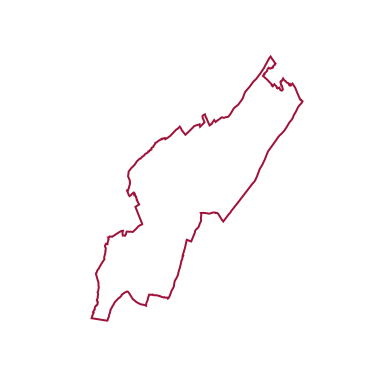 Argetoaia, Dolj, Romania (Robinson projection), rotated 293°
{"feature_id": "2599482B57573203776478", "entity_name": "Argetoaia", "entity_type": "district", "adm_level": 2, "iso_a3": "ROU", "parent_name": "Romania", "parent_adm1": "Dolj", "projection": "robinson", "projection_center": [23.353, 44.503], "detail": "fine", "context": "isolated", "style": "outline", "palette": "rose", "viewbox_px": 384, "rotation_deg": 293, "n_neighbors": 0, "source": "geoboundaries", "source_scale": "gbopen_adm2", "svg_char_len": 5961}
<svg xmlns="http://www.w3.org/2000/svg" viewBox="0 0 384 384"><g transform="rotate(293 192 192)"><path d="M317.5,258.3L318.1,258.2L318.7,258.3L319.2,256.1L319.4,256.1L319.3,255.6L319.6,255.2L319.8,255.2L320.3,254.4L320.8,254.1L321.5,253.2L323.4,251.2L325.5,249.0L328.2,246.4L331.1,242.2L328.8,241.4L329.7,240.1L328.4,239.8L329.7,238.3L329.8,237.9L329.8,236.4L330.7,234.6L330.7,234.0L331.0,233.2L332.1,231.5L328.8,231.2L328.7,230.5L327.8,230.4L324.9,232.6L325.1,233.0L324.5,233.4L323.9,234.1L322.8,234.8L321.8,235.6L320.5,235.1L320.3,234.7L320.4,233.6L320.6,233.3L321.8,232.0L322.2,231.7L320.9,230.4L321.3,229.9L321.0,229.5L322.0,228.6L322.4,227.9L322.8,226.7L323.4,225.7L320.8,225.0L321.2,223.8L321.9,223.9L324.8,217.3L326.6,211.9L327.4,212.1L327.9,212.5L328.5,212.7L328.6,212.4L329.1,212.2L331.9,213.5L332.9,213.8L334.4,213.5L335.0,213.6L336.4,214.1L336.3,214.4L336.1,215.9L336.4,216.2L337.3,216.6L337.8,217.7L338.2,217.9L338.6,217.4L340.1,217.8L341.9,218.7L342.5,218.2L342.9,218.5L346.4,212.8L347.4,211.4L345.0,210.8L343.2,210.6L339.7,210.3L338.6,210.1L334.0,209.8L326.9,208.4L321.2,206.9L317.6,205.4L316.5,205.1L311.3,203.9L305.5,202.0L304.2,201.8L298.2,202.1L297.1,202.0L290.6,200.5L286.3,198.2L285.4,197.8L279.4,197.0L277.1,196.5L275.5,196.0L275.2,195.7L274.0,193.8L272.7,192.4L272.5,190.4L271.8,189.9L271.7,189.7L270.9,189.4L266.5,186.7L265.7,186.4L266.9,184.3L264.8,183.8L263.2,183.7L262.6,183.3L262.4,183.5L261.8,183.1L260.3,182.4L260.1,182.2L264.7,177.3L265.5,176.7L265.5,176.4L265.9,175.9L266.2,175.7L266.3,175.3L266.8,175.1L267.2,174.7L267.6,174.4L268.1,173.8L268.5,173.5L266.8,172.2L265.8,172.0L265.6,172.1L264.1,173.1L263.8,173.5L261.0,176.3L255.2,174.0L256.3,173.1L257.3,172.5L257.0,172.2L256.7,172.3L255.9,170.9L254.2,168.9L253.3,168.2L249.1,166.6L242.1,163.6L245.0,158.2L245.9,157.5L247.4,155.2L244.8,154.2L243.6,153.3L242.3,152.7L235.2,150.1L232.4,148.4L231.2,147.5L230.2,147.0L230.1,146.8L231.1,145.9L230.1,144.7L229.9,144.3L229.4,144.2L229.0,144.0L228.9,143.9L229.2,143.7L229.2,143.4L226.2,141.3L224.0,140.1L223.0,139.1L222.6,139.3L221.3,139.0L220.2,138.9L219.4,138.6L218.7,138.7L218.3,138.7L217.1,137.7L216.5,137.5L216.0,137.6L215.2,138.1L214.7,137.6L213.7,136.9L213.7,136.7L213.3,136.6L212.7,136.7L212.5,136.2L212.0,135.8L210.7,135.8L209.6,134.7L208.3,133.9L206.7,133.6L204.2,132.0L202.7,131.7L202.2,130.8L198.9,129.4L198.0,129.1L196.1,128.9L193.9,128.3L190.1,126.7L186.1,125.7L183.5,126.5L181.5,127.0L178.0,130.5L177.7,130.7L176.8,130.8L176.3,131.3L175.5,131.6L174.4,131.9L173.1,131.9L172.5,132.1L168.4,132.5L168.4,131.8L168.1,131.5L164.8,134.7L164.2,135.4L163.8,136.2L164.7,136.7L168.7,138.4L168.8,138.8L168.0,140.0L167.5,139.5L167.3,139.5L167.1,139.8L166.4,140.1L166.3,140.4L166.6,141.0L166.2,141.5L166.1,142.0L165.7,142.6L165.2,142.5L163.2,144.6L163.0,144.4L161.3,146.4L159.9,148.2L156.2,145.7L143.0,158.8L142.6,158.7L140.8,156.9L139.3,156.0L136.9,155.2L132.2,153.2L131.8,152.3L131.4,150.8L130.7,149.3L130.6,148.6L130.0,147.3L128.2,147.5L127.2,147.8L126.4,147.4L125.5,147.4L125.2,145.7L124.9,145.3L125.3,145.1L125.6,144.8L126.5,144.4L127.1,144.0L129.3,143.6L128.5,142.3L127.2,141.1L123.8,138.8L123.4,138.5L121.5,137.3L120.2,136.3L119.6,136.0L119.6,135.7L119.5,135.2L119.0,134.4L118.9,133.5L118.3,133.3L117.3,133.2L117.2,132.8L116.8,133.3L115.7,133.5L115.6,133.8L112.1,134.1L111.0,134.6L110.8,133.6L110.6,133.0L109.7,133.1L109.0,132.9L108.5,132.9L107.3,133.7L106.8,134.5L105.8,134.8L104.9,135.2L103.9,135.2L103.7,135.5L103.1,135.7L101.8,136.0L97.4,136.7L97.0,136.9L96.0,137.7L92.7,137.0L87.1,136.2L85.8,136.2L83.3,135.6L82.4,135.5L80.7,135.7L79.6,135.4L78.8,135.8L77.6,136.7L76.6,137.6L73.3,140.2L72.7,140.9L70.6,142.0L69.9,142.2L67.5,143.6L66.7,143.7L64.9,144.2L62.7,144.3L62.1,145.0L61.8,145.2L60.8,145.6L58.8,146.1L58.3,146.5L56.2,146.6L54.9,146.8L54.8,147.5L54.5,147.7L54.0,147.9L53.6,148.5L53.1,148.3L52.4,148.7L51.5,148.9L50.9,148.8L50.6,148.4L49.9,148.3L49.8,148.0L48.5,147.7L46.6,147.9L46.2,148.1L45.9,148.4L45.2,148.3L44.8,148.0L43.6,148.0L42.7,147.8L42.6,148.0L42.6,148.6L41.6,148.7L41.2,148.5L39.9,148.7L39.4,148.5L38.0,148.8L36.6,148.9L40.3,163.9L40.6,164.4L43.2,164.1L44.1,164.3L44.6,164.2L46.1,163.8L46.5,163.8L47.4,163.7L50.0,163.5L50.7,163.3L51.1,163.0L51.4,163.0L54.8,163.4L55.9,163.4L57.6,163.8L59.2,163.8L61.2,164.2L64.4,165.5L65.1,165.6L65.5,166.0L66.5,166.6L68.4,167.4L69.0,167.5L69.8,167.4L71.5,168.4L72.0,168.6L72.3,168.9L73.0,169.2L74.1,170.4L74.6,170.7L75.0,171.0L75.2,171.6L75.2,171.8L74.9,172.6L74.4,173.5L70.2,179.5L69.8,181.3L69.0,183.7L68.8,185.2L68.6,187.8L68.6,188.8L69.3,191.6L69.4,194.2L70.3,193.8L72.2,193.3L74.6,193.4L75.9,193.3L77.0,192.9L79.5,192.8L80.7,192.6L81.0,193.5L81.3,193.9L81.7,195.4L82.2,195.9L82.0,196.2L82.0,196.8L83.2,200.3L83.4,201.3L83.4,202.2L83.4,202.6L83.7,202.9L83.5,203.3L83.8,207.0L84.3,207.5L84.2,208.3L85.0,210.1L85.2,210.7L85.2,211.0L84.6,211.1L84.4,211.4L84.7,211.6L85.6,211.9L88.0,212.1L92.5,211.8L94.2,211.9L95.6,212.1L97.0,212.2L98.2,212.2L101.6,211.2L103.4,210.9L106.3,211.3L109.2,211.5L115.1,210.6L117.9,210.4L124.8,209.1L125.4,209.3L126.6,209.2L128.0,208.8L129.8,208.8L129.7,208.3L134.8,207.7L138.4,207.3L140.7,206.8L143.2,206.4L145.4,205.9L146.0,205.9L146.1,210.5L146.7,210.6L155.6,210.5L157.2,210.1L158.1,210.1L159.1,210.4L161.2,211.4L162.6,211.7L164.6,211.7L165.0,211.5L166.3,211.5L168.2,211.7L169.7,211.4L171.2,210.5L172.0,210.2L174.5,209.5L175.4,209.0L176.1,208.3L177.2,210.5L177.9,212.6L178.6,215.7L179.2,217.0L180.7,218.5L181.2,219.3L181.7,220.1L182.1,221.1L181.8,221.8L182.5,222.9L182.6,223.6L181.8,225.2L178.2,230.2L177.0,232.3L185.4,234.4L188.0,235.3L190.0,235.6L200.5,238.5L222.2,244.1L226.2,245.4L227.6,245.6L231.5,245.7L239.6,245.4L241.4,245.6L242.4,245.8L245.2,246.1L250.1,246.3L258.9,246.1L272.7,249.2L274.6,249.5L277.3,250.2L278.7,250.7L281.8,252.1L284.7,253.0L288.3,253.7L293.4,254.4L294.6,254.6L296.7,255.3L298.5,255.7L300.3,255.8L302.5,255.7L306.1,256.2L311.6,256.5L313.6,257.0L317.5,258.3Z" fill="none" stroke="#9f1239" stroke-width="2"/></g></svg>